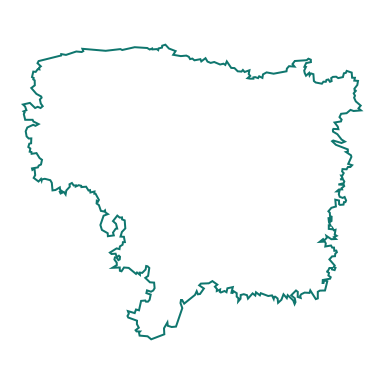 Sunamganj, Sylhet, Bangladesh
{"feature_id": "16705992B61059366245275", "entity_name": "Sunamganj", "entity_type": "district", "adm_level": 2, "iso_a3": "BGD", "parent_name": "Bangladesh", "parent_adm1": "Sylhet", "projection": "mercator", "projection_center": [91.358, 24.888], "detail": "fine", "context": "isolated", "style": "outline", "palette": "teal", "viewbox_px": 384, "rotation_deg": 0, "n_neighbors": 0, "source": "geoboundaries", "source_scale": "gbopen_adm2", "svg_char_len": 5896}
<svg xmlns="http://www.w3.org/2000/svg" viewBox="0 0 384 384"><path d="M325.0,290.5L327.3,281.3L324.2,280.4L323.5,283.0L322.6,283.0L322.8,280.0L330.1,278.7L330.7,277.2L328.4,275.5L329.0,272.9L326.5,271.3L327.7,271.4L329.4,268.0L332.0,268.0L331.9,269.4L334.6,270.1L335.5,267.8L333.8,267.0L334.7,265.5L329.4,259.4L332.1,256.4L335.0,256.2L335.3,253.6L336.9,252.2L336.3,250.6L334.3,250.8L334.0,247.6L332.2,247.6L331.0,245.5L325.3,246.5L325.8,243.4L324.8,241.6L319.6,241.9L323.1,239.1L324.2,240.5L326.9,237.7L326.4,235.9L331.3,239.2L335.9,239.0L333.9,237.1L336.6,235.8L334.7,234.6L335.5,229.8L333.8,230.3L332.6,228.3L332.3,229.3L328.8,228.9L328.8,225.4L330.6,225.7L329.0,222.3L328.4,217.2L328.8,219.2L329.6,218.1L330.2,221.9L331.5,221.0L331.6,216.7L330.0,216.0L329.8,212.7L328.4,211.3L331.4,207.8L335.9,206.5L335.3,199.7L339.0,200.5L339.1,204.2L340.0,204.9L343.5,204.6L344.0,202.1L345.4,202.1L346.1,200.5L344.6,197.0L342.7,197.9L339.7,196.8L338.8,194.3L339.4,191.4L336.7,191.4L338.9,189.5L342.1,189.4L341.6,188.2L344.2,186.1L343.8,184.9L338.4,184.5L343.7,183.2L344.3,181.5L342.8,179.1L340.3,179.6L342.5,178.0L341.1,175.5L342.4,175.5L343.7,173.1L342.1,171.4L342.5,169.1L346.6,169.3L347.9,167.0L350.4,167.0L352.1,165.2L348.2,163.9L351.4,156.9L351.0,155.3L346.0,152.0L347.9,151.5L347.8,149.4L335.9,144.8L332.1,141.2L333.2,140.5L341.5,143.0L344.9,141.6L341.6,139.6L337.4,134.2L333.0,131.6L332.9,129.9L333.4,128.9L338.4,129.2L337.8,126.7L334.6,122.5L341.0,121.4L341.6,119.6L339.5,117.1L341.1,113.8L346.6,113.2L350.5,109.9L353.6,111.0L361.0,110.4L358.5,108.3L360.7,105.6L355.8,101.4L354.1,97.7L355.0,95.8L353.7,93.3L356.4,90.2L354.8,91.2L354.4,88.7L357.3,85.0L358.0,80.9L354.3,80.6L354.9,77.8L352.1,77.7L351.7,72.6L346.7,70.9L345.8,72.9L343.9,73.3L342.9,77.1L338.2,78.1L336.1,76.7L332.9,76.9L331.2,78.1L331.6,81.1L330.0,81.8L328.4,79.5L326.5,79.9L325.8,81.8L323.4,81.7L321.9,83.7L315.7,82.5L313.9,81.0L313.4,74.2L310.9,73.4L309.6,75.4L309.1,72.9L306.0,75.7L304.7,73.0L304.2,70.6L305.9,67.0L304.4,66.8L306.1,63.1L310.9,62.1L310.8,59.7L308.4,58.7L306.7,60.2L294.8,61.0L292.5,64.1L294.5,66.6L289.0,66.2L286.9,68.6L286.5,71.3L273.6,73.7L266.6,72.4L263.0,74.4L262.4,77.9L259.2,76.3L258.1,78.1L255.1,77.1L253.4,77.4L253.4,78.7L250.3,78.7L247.6,78.2L250.2,75.9L248.7,74.0L249.4,70.3L244.6,72.0L242.9,70.0L241.5,71.6L237.7,71.3L234.5,68.1L231.2,67.9L226.8,61.4L225.3,64.9L223.5,63.7L220.1,64.5L214.2,62.0L210.7,62.9L207.5,61.6L205.5,58.2L201.3,61.4L200.4,59.2L194.4,60.3L192.4,58.6L190.1,59.1L188.8,56.8L186.3,55.6L180.8,56.1L173.2,54.8L175.6,51.1L168.9,48.5L165.4,44.7L162.2,45.7L162.0,47.6L158.6,48.4L158.2,50.1L156.8,49.1L152.4,49.4L152.2,48.5L149.7,49.5L147.2,48.0L134.7,47.2L122.2,50.0L120.4,49.1L105.7,50.8L82.4,48.8L83.3,51.1L81.7,52.0L76.3,51.5L66.0,54.9L61.2,54.1L61.1,55.5L38.6,61.1L37.5,63.2L40.8,66.3L39.1,67.7L39.4,69.4L37.8,69.1L35.7,71.9L33.3,71.6L32.0,77.1L33.7,78.0L33.3,79.4L34.7,80.4L34.8,85.3L31.3,88.0L36.4,93.9L41.2,96.5L41.6,97.7L39.9,99.5L40.8,103.6L42.7,106.2L40.6,108.0L37.7,106.8L35.1,108.0L29.9,102.9L23.0,104.5L25.1,106.5L26.4,110.2L23.5,111.4L24.6,112.4L23.8,114.1L25.2,119.8L32.6,119.8L33.4,121.5L38.6,124.1L35.5,125.8L33.2,124.8L27.3,127.5L25.7,131.3L26.6,136.4L28.7,138.5L31.3,138.4L31.1,143.3L29.3,143.7L28.3,147.0L30.3,148.5L29.7,151.7L31.4,152.0L31.6,153.8L36.5,153.1L39.6,158.1L42.0,159.8L41.0,164.5L38.7,165.6L37.9,167.4L32.0,168.4L32.4,169.9L34.5,168.5L35.2,175.1L33.7,177.9L38.5,181.5L41.0,178.9L41.6,180.6L41.9,179.4L44.8,178.8L50.3,180.2L51.8,182.8L52.5,190.4L55.5,190.0L59.8,187.4L60.1,189.8L61.9,191.1L59.8,191.8L60.6,193.5L63.9,192.0L65.6,194.5L66.3,190.5L69.8,186.7L69.5,184.3L71.9,183.0L73.7,185.5L75.9,185.4L75.8,186.5L78.7,185.2L81.2,185.8L81.4,187.1L86.1,186.7L88.5,190.5L90.0,190.1L90.4,192.5L94.5,191.5L94.3,193.7L95.6,193.8L98.9,199.9L97.9,201.7L96.8,200.9L96.6,203.5L98.9,205.1L100.9,210.9L103.9,211.5L105.0,210.4L105.4,212.4L107.9,214.1L103.6,215.7L100.4,225.0L101.9,229.9L107.7,233.2L107.9,236.2L113.8,235.4L113.0,232.6L115.7,228.7L117.2,228.6L116.0,223.8L113.0,221.1L117.3,215.6L119.7,217.6L122.0,217.4L122.1,219.4L124.7,220.4L125.3,228.4L121.9,232.0L120.5,236.6L123.9,236.8L124.9,242.1L122.9,242.2L122.6,244.7L119.9,246.4L119.5,249.1L116.6,248.4L109.9,252.6L111.5,254.0L115.6,253.7L116.9,257.2L118.9,255.7L120.0,256.8L119.7,259.4L118.4,260.1L116.4,257.4L114.9,257.4L114.4,259.5L116.7,262.6L116.8,265.1L112.4,267.8L119.7,267.5L119.9,270.8L121.5,271.3L124.0,267.5L128.7,267.9L136.0,273.9L137.0,272.5L139.9,274.8L139.8,272.6L142.2,272.9L145.6,269.5L146.2,266.0L147.6,266.3L149.3,268.0L148.1,275.9L145.3,277.9L149.9,282.3L154.1,282.6L154.6,288.2L153.2,290.5L151.0,291.7L147.0,290.4L146.4,293.1L150.7,294.6L149.6,299.8L147.9,301.7L146.0,301.7L145.3,300.5L141.1,300.9L139.0,310.3L136.0,309.5L134.7,313.1L127.9,311.1L128.8,313.7L127.5,316.0L128.2,317.5L137.0,320.7L136.9,324.1L138.8,327.7L135.6,330.2L136.5,331.4L140.0,331.5L139.0,332.6L139.6,335.6L147.6,336.3L151.2,339.3L164.3,334.3L164.0,328.3L167.4,322.4L167.8,325.8L171.7,327.0L176.0,326.6L182.3,308.1L180.5,303.1L181.0,300.0L182.1,300.0L184.2,303.6L195.0,294.9L196.7,291.2L197.9,294.3L200.0,294.0L203.9,288.5L199.2,285.3L200.9,283.6L208.8,283.3L212.4,281.1L217.3,284.6L214.9,286.7L216.9,288.9L216.8,291.0L220.1,289.5L219.8,291.8L220.8,292.5L224.5,291.0L226.5,292.2L227.4,288.3L232.8,287.1L231.4,292.8L232.6,293.0L233.6,291.2L236.7,293.2L236.7,296.6L238.5,298.4L238.2,301.5L240.5,298.8L240.7,295.0L243.8,294.2L247.0,295.2L248.0,298.6L252.6,293.4L255.3,295.5L256.0,292.3L259.9,295.3L260.8,293.2L268.2,296.0L272.0,295.4L273.7,299.0L274.2,296.8L275.3,296.7L277.6,298.5L278.1,302.8L281.4,299.8L283.5,294.3L286.8,298.2L287.7,295.2L293.2,300.4L294.6,304.1L295.5,302.1L294.8,298.3L291.2,295.3L296.0,290.5L297.8,291.9L297.7,296.9L300.7,297.9L300.2,295.7L301.3,294.2L304.6,292.6L309.5,292.9L310.3,290.4L315.8,299.1L317.8,298.4L317.8,291.8L319.9,290.6L325.0,290.5Z" fill="none" stroke="#0f766e" stroke-width="2"/></svg>